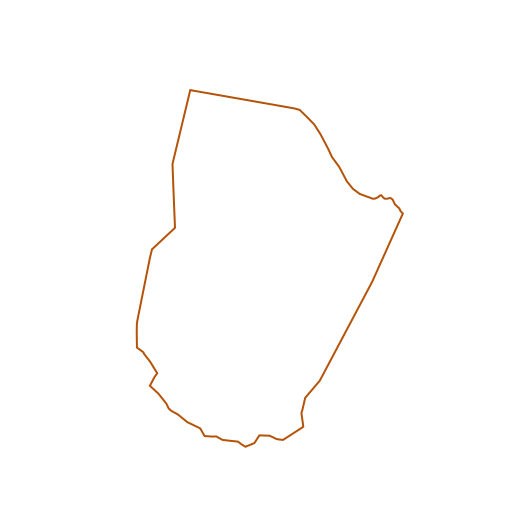 the district of City Gate, Castries, Saint Lucia, rotated 245°
{"feature_id": "8701671B55145671844028", "entity_name": "City Gate", "entity_type": "district", "adm_level": 2, "iso_a3": "LCA", "parent_name": "Saint Lucia", "parent_adm1": "Castries", "projection": "natural_earth1", "projection_center": [-60.982, 14.021], "detail": "fine", "context": "isolated", "style": "outline", "palette": "amber", "viewbox_px": 512, "rotation_deg": 245, "n_neighbors": 0, "source": "geoboundaries", "source_scale": "gbopen_adm2", "svg_char_len": 1287}
<svg xmlns="http://www.w3.org/2000/svg" viewBox="0 0 512 512"><g transform="rotate(245 256 256)"><path d="M434.1,266.5L374.7,219.2L342.4,205.6L316.7,194.9L315.8,194.5L306.0,164.6L305.3,164.0L299.2,159.1L247.8,121.3L246.6,120.5L244.5,119.2L241.1,117.5L236.7,115.4L223.3,109.4L216.4,113.2L214.4,113.2L213.6,113.4L204.9,115.4L191.5,116.9L188.9,112.4L188.3,111.7L187.8,111.0L183.2,105.0L172.4,109.4L164.6,111.3L159.6,112.4L154.7,112.4L151.3,113.9L145.9,117.9L144.2,118.8L134.5,123.5L130.1,127.1L123.3,132.6L114.6,133.3L111.2,139.3L109.2,143.8L103.6,147.8L99.6,154.2L99.0,155.2L95.4,161.2L91.4,163.3L87.6,165.8L87.2,173.8L87.1,175.4L92.0,183.3L87.3,192.5L86.4,193.2L83.5,195.6L81.6,197.1L80.2,199.0L77.9,202.7L78.7,208.7L81.2,226.6L83.1,227.3L94.5,230.8L97.2,233.2L106.7,240.7L116.0,261.0L121.1,267.8L183.7,350.6L232.4,407.0L235.5,406.0L238.6,406.0L241.6,404.7L244.3,403.7L246.7,403.7L249.1,403.7L250.4,403.2L251.5,402.6L252.0,401.6L252.2,400.6L252.6,398.8L253.7,396.7L255.7,395.9L258.1,395.2L258.4,393.4L257.7,392.1L257.7,390.0L257.7,388.2L258.6,385.9L260.3,384.4L262.8,381.8L268.5,376.2L275.9,372.2L285.3,369.9L301.4,369.1L313.5,366.7L322.9,366.7L339.1,365.9L350.5,364.4L361.9,360.4L370.0,357.3L373.3,353.4L374.4,351.9L434.1,266.5Z" fill="none" stroke="#b45309" stroke-width="2"/></g></svg>